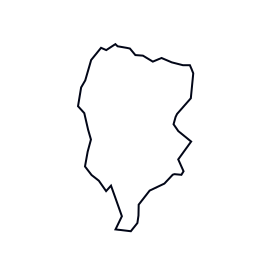 the district of Shada'a, Sa`dah, Yemen, rotated 38°
{"feature_id": "15242507B23625419846835", "entity_name": "Shada'a", "entity_type": "district", "adm_level": 2, "iso_a3": "YEM", "parent_name": "Yemen", "parent_adm1": "Sa`dah", "projection": "mercator", "projection_center": [43.194, 16.887], "detail": "fine", "context": "isolated", "style": "outline", "palette": "ink", "viewbox_px": 256, "rotation_deg": 38, "n_neighbors": 0, "source": "geoboundaries", "source_scale": "gbopen_adm2", "svg_char_len": 830}
<svg xmlns="http://www.w3.org/2000/svg" viewBox="0 0 256 256"><g transform="rotate(38 128 128)"><path d="M138.1,40.4L132.6,44.7L121.9,49.4L121.0,49.6L111.3,52.2L106.7,60.4L95.2,61.8L88.9,66.0L80.6,64.2L77.9,65.5L69.5,70.0L66.4,69.7L62.9,80.0L57.4,81.4L57.1,97.1L65.0,116.8L66.1,124.9L75.2,141.6L84.4,143.2L97.6,153.9L105.9,159.9L110.8,171.5L117.8,184.8L128.3,187.5L137.5,187.5L149.6,191.2L150.1,183.9L160.7,190.6L177.5,201.3L180.6,215.6L183.6,213.8L184.0,213.5L184.5,213.2L193.8,207.6L193.8,205.8L193.9,197.1L190.2,190.6L183.6,181.8L183.6,164.0L190.9,149.4L192.0,137.3L193.0,135.8L198.9,132.0L198.4,127.9L186.9,121.8L186.1,99.8L169.6,99.5L161.6,97.0L158.7,90.0L158.0,86.7L159.2,65.9L146.5,45.9L146.1,45.3L146.0,45.1L145.7,44.7L141.4,42.2L140.4,41.7L139.9,41.4L138.1,40.4Z" fill="none" stroke="#020617" stroke-width="2"/></g></svg>